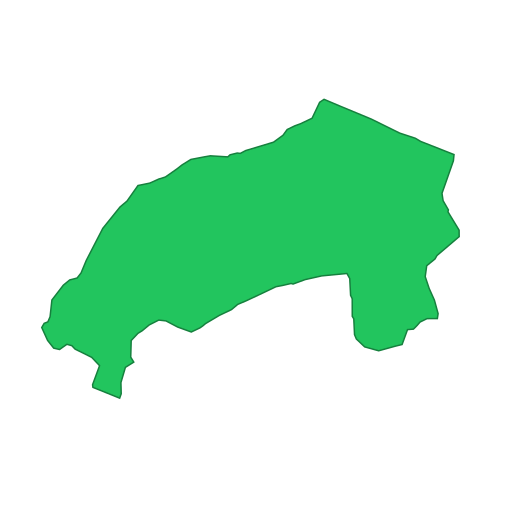 the district of Santa Cruz Naranjo, Santa Rosa, Guatemala, rotated 282°
{"feature_id": "79465075B20602166984582", "entity_name": "Santa Cruz Naranjo", "entity_type": "district", "adm_level": 2, "iso_a3": "GTM", "parent_name": "Guatemala", "parent_adm1": "Santa Rosa", "projection": "robinson", "projection_center": [-90.385, 14.383], "detail": "fine", "context": "isolated", "style": "filled", "palette": "green", "viewbox_px": 512, "rotation_deg": 282, "n_neighbors": 0, "source": "geoboundaries", "source_scale": "gbopen_adm2", "svg_char_len": 1541}
<svg xmlns="http://www.w3.org/2000/svg" viewBox="0 0 512 512"><g transform="rotate(282 256 256)"><path d="M396.4,428.6L402.3,393.3L404.3,387.4L406.1,371.0L413.9,340.3L420.3,305.9L423.4,290.0L419.6,286.3L402.4,282.2L394.6,272.0L391.4,266.9L386.2,260.2L379.7,257.3L371.0,249.5L357.0,224.0L353.1,219.3L352.8,216.2L349.6,209.6L347.1,207.8L344.5,190.5L342.3,185.0L336.9,172.2L329.7,164.7L324.8,160.6L314.5,151.0L312.1,146.9L311.2,145.1L305.2,136.9L300.4,125.9L282.9,118.4L275.7,112.8L251.2,100.4L216.4,90.9L203.0,88.4L197.3,85.6L195.5,82.1L193.9,78.8L187.4,73.6L170.5,65.5L153.8,67.2L148.3,66.1L146.1,62.8L141.5,61.3L130.1,69.7L123.8,77.3L123.7,83.3L127.1,86.4L130.3,89.4L130.0,94.5L127.3,98.4L122.7,116.4L116.2,125.8L96.1,122.9L93.6,123.8L88.6,152.2L93.2,152.8L104.1,150.2L119.9,151.4L126.8,158.5L131.0,154.5L147.4,151.5L155.8,156.6L159.2,160.2L166.4,165.9L173.1,174.2L173.8,181.4L170.2,194.2L168.2,208.5L174.1,216.2L176.7,218.6L179.4,220.7L190.3,232.5L198.5,243.2L204.9,248.2L210.2,255.8L223.4,273.2L230.1,281.9L232.8,288.3L236.4,296.0L236.3,298.1L243.1,308.9L250.2,324.4L257.8,348.6L253.4,352.4L237.2,356.7L234.2,359.0L217.0,362.7L214.9,364.7L199.6,368.7L195.7,371.4L189.7,381.2L188.8,395.7L196.7,410.9L199.8,417.3L215.5,419.5L217.2,425.2L219.3,426.6L221.7,428.1L225.5,430.2L230.3,436.3L232.5,446.4L237.5,446.1L249.9,439.7L260.3,432.1L271.0,425.8L282.0,425.0L290.3,431.7L294.1,432.9L317.2,450.7L323.5,449.3L339.1,434.6L341.1,434.6L349.0,427.5L356.0,424.9L390.1,429.3L396.4,428.6Z" fill="#22c55e" stroke="#15803d" stroke-width="1.5"/></g></svg>